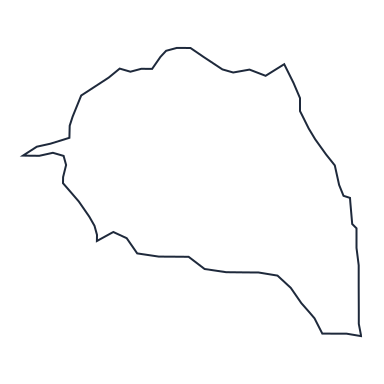 outline of Chonma, P'yŏngan-bukto, North Korea
{"feature_id": "82179303B45554830914621", "entity_name": "Chonma", "entity_type": "district", "adm_level": 2, "iso_a3": "PRK", "parent_name": "North Korea", "parent_adm1": "P'yŏngan-bukto", "projection": "equal_earth", "projection_center": [124.872, 40.075], "detail": "fine", "context": "isolated", "style": "outline", "palette": "slate", "viewbox_px": 384, "rotation_deg": 0, "n_neighbors": 0, "source": "geoboundaries", "source_scale": "gbopen_adm2", "svg_char_len": 986}
<svg xmlns="http://www.w3.org/2000/svg" viewBox="0 0 384 384"><path d="M119.7,68.6L108.7,77.6L94.9,86.6L81.2,95.5L72.6,116.7L69.7,125.7L69.4,137.8L50.4,143.7L36.8,146.7L23.0,155.6L28.5,155.7L39.3,155.8L52.9,152.8L63.6,155.9L66.1,165.0L63.1,177.1L63.0,183.2L70.9,192.3L78.8,201.5L89.3,216.7L94.5,225.8L97.0,234.9L96.9,241.0L113.3,232.0L126.7,238.2L137.2,253.4L158.8,256.6L175.1,256.7L188.6,256.8L204.6,269.0L226.2,272.2L245.1,272.4L258.6,272.5L277.5,275.6L290.8,287.9L301.3,303.1L309.3,312.2L314.5,318.3L322.3,333.6L346.7,333.7L361.0,336.1L360.9,334.8L358.8,323.9L358.8,310.9L358.7,287.0L358.7,265.3L356.5,247.9L356.5,228.3L352.2,224.0L350.3,202.1L350.0,197.9L343.5,195.8L339.1,184.9L334.8,165.4L326.1,154.5L315.2,139.3L308.7,128.5L302.2,115.4L300.0,111.1L300.0,98.1L293.5,82.9L284.2,64.2L265.6,75.8L249.5,69.6L233.2,72.5L222.4,69.4L203.8,57.1L190.5,48.0L176.9,47.9L166.1,50.8L160.5,56.8L152.1,68.9L141.3,68.8L130.4,71.7L119.7,68.6Z" fill="none" stroke="#1e293b" stroke-width="2"/></svg>